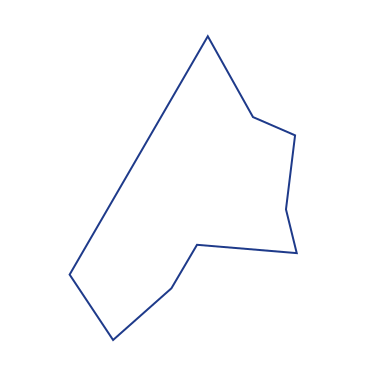 SVG path tracing the border of Kalkara, rotated 277°
{"feature_id": "MLT-5950", "entity_name": "Kalkara", "entity_type": "state/province", "adm_level": 1, "iso_a3": "MLT", "parent_name": "Malta", "parent_adm1": "", "projection": "orthographic", "projection_center": [14.531, 35.89], "detail": "fine", "context": "isolated", "style": "outline", "palette": "blue", "viewbox_px": 384, "rotation_deg": 277, "n_neighbors": 0, "source": "natural_earth", "source_scale": "10m", "svg_char_len": 280}
<svg xmlns="http://www.w3.org/2000/svg" viewBox="0 0 384 384"><g transform="rotate(277 192 192)"><path d="M95.1,80.6L348.5,188.7L273.8,243.4L260.8,287.4L186.2,287.4L144.1,303.4L140.2,203.4L93.9,183.3L35.5,131.7L95.1,80.6Z" fill="none" stroke="#1e3a8a" stroke-width="2"/></g></svg>